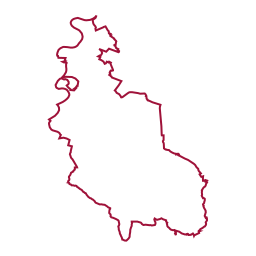 Miresu Mare, Maramures, Romania
{"feature_id": "2599482B2877681477100", "entity_name": "Miresu Mare", "entity_type": "district", "adm_level": 2, "iso_a3": "ROU", "parent_name": "Romania", "parent_adm1": "Maramures", "projection": "natural_earth1", "projection_center": [23.369, 47.496], "detail": "fine", "context": "isolated", "style": "outline", "palette": "rose", "viewbox_px": 256, "rotation_deg": 0, "n_neighbors": 0, "source": "geoboundaries", "source_scale": "gbopen_adm2", "svg_char_len": 5701}
<svg xmlns="http://www.w3.org/2000/svg" viewBox="0 0 256 256"><path d="M205.8,212.1L205.6,211.3L205.6,210.6L203.9,207.6L203.4,206.1L203.7,205.8L203.0,204.6L203.2,204.0L204.1,203.0L204.3,201.7L204.7,200.7L204.8,199.1L204.7,198.7L203.6,198.0L203.0,198.2L201.7,195.7L202.1,194.9L201.8,192.0L202.1,190.9L201.8,190.3L203.4,187.8L204.2,187.0L205.2,186.4L205.8,185.1L206.0,184.0L207.0,182.4L205.8,181.9L207.0,180.6L205.2,180.0L204.4,180.8L203.0,180.8L202.9,178.2L203.1,176.3L201.3,176.9L201.2,176.8L199.6,174.3L200.9,173.4L198.8,171.0L198.3,169.8L198.2,168.8L196.5,167.2L195.2,165.0L194.0,163.9L188.0,159.9L184.9,158.6L179.8,155.9L178.6,155.4L179.1,154.7L179.0,154.4L178.0,153.7L177.1,154.3L176.1,154.5L176.1,153.8L174.3,153.5L172.3,152.6L170.4,151.5L169.0,150.1L166.7,149.8L166.3,149.5L165.5,149.5L164.0,148.4L163.8,144.0L163.6,142.9L163.0,142.0L162.9,141.1L163.6,140.0L163.6,135.3L161.8,135.3L161.7,134.6L161.4,126.3L159.8,108.4L159.9,106.9L160.5,104.8L152.5,102.3L149.3,100.8L147.8,100.4L147.4,99.9L147.5,99.5L146.8,99.0L146.6,98.6L146.4,96.4L146.0,96.2L146.2,95.9L146.2,95.5L145.9,95.2L145.6,94.4L144.7,93.5L140.1,93.7L138.0,93.1L132.1,92.2L129.9,92.2L129.1,92.4L127.8,93.2L122.5,97.1L121.6,97.4L121.1,97.3L120.8,96.4L119.2,94.2L116.6,92.8L115.7,91.2L114.8,90.5L118.8,85.2L121.4,81.1L111.9,77.5L111.5,76.5L110.7,76.2L110.5,75.6L109.6,75.1L110.1,74.7L110.4,74.2L110.2,73.9L109.7,74.0L110.0,73.4L110.1,72.9L109.7,72.5L109.8,72.2L110.3,71.2L111.0,70.5L111.7,70.8L113.0,70.4L113.0,69.9L110.4,63.5L110.9,62.7L109.1,61.7L108.6,62.5L106.8,61.7L105.9,63.3L104.7,63.8L103.5,61.6L101.3,60.1L99.3,59.3L100.3,57.2L98.2,56.4L99.7,55.5L100.7,55.4L101.5,54.4L102.1,53.0L101.5,51.2L100.7,50.2L99.8,49.5L99.9,49.3L106.2,51.7L109.0,48.7L118.5,52.2L119.0,51.8L119.1,51.1L117.7,49.9L118.2,49.4L118.3,49.1L116.1,48.0L116.0,47.4L115.5,46.7L115.5,46.0L114.9,45.7L115.3,45.2L114.7,44.9L115.3,44.5L115.8,43.8L116.0,42.1L116.3,41.5L116.1,41.0L114.3,39.2L114.0,38.8L114.1,38.5L110.3,35.9L110.5,35.3L111.0,35.0L110.1,34.5L110.5,33.8L108.9,33.3L108.7,31.2L107.8,30.4L105.5,26.4L103.6,27.0L103.1,27.4L95.8,30.5L95.4,28.6L95.9,27.6L95.4,26.4L93.8,24.5L93.3,23.5L92.6,20.0L95.4,18.0L95.4,17.8L96.0,16.9L96.4,15.4L95.9,16.5L94.5,17.7L93.0,18.7L90.1,19.9L86.3,20.3L84.5,20.1L77.8,17.9L75.4,18.4L73.6,19.0L72.4,19.8L71.6,20.6L71.0,21.7L70.7,22.7L70.9,23.9L71.8,25.7L74.0,27.6L78.5,29.9L79.4,30.5L81.8,33.4L82.6,36.4L82.5,37.5L82.1,39.2L80.4,41.7L79.2,43.0L77.4,45.6L75.8,46.7L74.6,47.2L72.5,47.6L70.6,47.6L67.2,47.1L63.7,46.9L63.0,47.0L60.5,48.2L59.5,49.0L58.5,50.0L57.5,52.5L57.1,54.3L57.1,55.1L57.5,56.0L58.0,56.0L58.4,57.8L65.5,58.0L65.1,59.1L65.2,59.5L64.8,60.0L64.7,60.6L65.3,60.9L64.1,61.5L62.7,61.8L63.8,62.4L65.9,62.5L66.6,62.7L66.7,62.9L66.1,64.1L66.1,66.7L66.4,69.0L66.3,70.8L65.9,72.3L64.0,75.4L62.5,77.0L64.2,77.0L65.8,76.8L71.9,77.0L75.4,78.5L78.3,81.4L77.6,85.7L77.2,85.5L75.6,87.7L74.8,88.3L75.9,88.4L74.1,90.4L70.4,90.0L70.5,89.3L68.2,87.4L66.7,85.5L68.3,84.2L68.7,83.4L68.6,81.8L67.3,79.9L65.2,79.1L64.9,79.1L64.1,79.5L62.1,78.6L61.3,78.4L59.9,78.8L57.8,80.9L55.6,85.0L56.1,87.1L56.6,87.8L58.7,88.9L61.9,88.4L63.4,88.5L65.0,88.9L66.3,89.5L67.2,90.2L68.7,92.4L69.3,94.1L69.3,95.1L68.3,97.4L66.8,99.0L65.0,100.5L62.7,102.0L57.1,104.6L58.1,105.8L59.0,107.7L59.1,110.2L57.7,112.9L55.0,115.8L49.0,119.5L50.5,120.9L49.3,122.4L49.0,123.1L49.1,124.4L49.8,127.3L51.3,129.5L52.6,130.3L57.6,131.8L59.3,132.9L60.0,134.0L60.4,134.8L60.8,135.0L59.3,138.4L63.5,137.7L66.6,138.5L69.6,140.0L68.2,145.3L71.9,146.3L70.8,150.9L70.7,152.4L70.1,153.3L69.9,154.5L70.3,155.3L70.9,157.3L71.4,158.2L72.5,159.3L76.9,166.8L77.1,167.4L74.8,167.5L74.8,169.6L73.9,170.3L73.5,170.9L73.0,171.3L73.1,171.6L71.1,172.7L70.3,174.9L69.0,176.6L68.9,177.2L69.4,179.0L69.3,179.8L69.1,180.2L68.5,180.6L68.1,181.4L68.2,181.9L68.8,182.6L68.6,182.7L69.0,182.8L69.2,183.1L69.3,183.8L69.6,184.1L70.9,184.5L71.6,185.3L73.2,185.3L74.6,185.8L75.5,185.6L76.5,185.9L76.9,186.7L77.7,187.3L78.3,187.5L78.9,188.2L79.4,188.4L80.0,189.0L81.7,189.9L83.4,192.0L84.0,192.1L84.9,193.0L85.6,193.1L86.0,193.6L86.4,194.5L88.5,197.1L89.1,197.4L90.0,198.1L91.1,198.4L92.0,199.2L92.8,199.5L94.8,201.3L95.2,202.2L95.7,202.7L99.7,204.4L101.6,204.3L102.7,204.6L104.7,204.8L107.3,206.5L108.1,207.3L110.2,208.2L110.2,208.8L109.6,209.6L109.4,210.6L109.2,212.9L109.3,213.2L110.5,214.4L110.7,215.3L110.5,216.3L111.3,217.3L113.1,217.8L115.9,219.0L118.1,220.2L118.6,220.8L119.3,224.1L118.9,225.7L118.3,226.3L118.4,226.9L118.7,227.9L118.8,229.7L119.7,232.0L119.9,233.7L120.6,234.8L120.8,235.6L121.8,237.5L122.3,239.6L123.2,239.7L123.9,240.2L125.0,240.6L126.4,240.6L128.6,238.5L129.6,236.9L129.7,234.9L130.2,232.0L130.3,229.8L131.0,227.5L131.7,225.9L131.7,224.5L132.1,222.9L131.7,222.1L131.7,221.6L137.3,221.6L140.8,222.6L141.5,223.3L141.9,224.0L143.4,225.0L145.6,224.7L149.5,225.2L150.6,225.1L151.8,225.5L154.9,225.0L155.3,224.2L155.5,223.4L155.4,222.1L154.9,221.4L154.3,219.4L154.7,218.5L156.6,219.7L157.1,219.8L160.1,219.0L161.4,218.3L163.1,219.3L166.1,220.3L166.1,221.6L167.3,222.7L166.8,223.7L167.2,224.8L167.3,226.0L167.9,226.9L169.2,227.9L170.1,229.0L171.1,229.7L172.9,230.2L174.5,230.0L175.4,232.1L175.4,232.9L175.0,233.4L175.5,234.4L175.9,234.3L175.9,232.1L175.7,231.3L175.9,230.7L179.3,231.7L181.7,233.4L185.1,234.5L186.8,234.3L187.0,234.6L187.5,234.2L187.3,233.9L187.7,233.8L188.2,234.1L188.7,235.0L190.2,234.9L190.5,234.7L190.9,234.8L192.9,233.5L193.5,234.3L194.0,235.9L194.3,235.3L199.1,233.0L198.7,231.6L199.9,231.1L199.3,231.0L199.0,230.7L199.8,230.0L200.3,229.2L202.6,227.9L204.1,226.7L204.9,226.4L205.9,224.9L206.1,223.9L205.7,222.3L206.5,221.2L207.0,220.3L207.0,219.8L206.9,218.2L206.6,217.5L205.8,218.0L204.7,215.9L205.8,212.1Z" fill="none" stroke="#9f1239" stroke-width="2"/></svg>